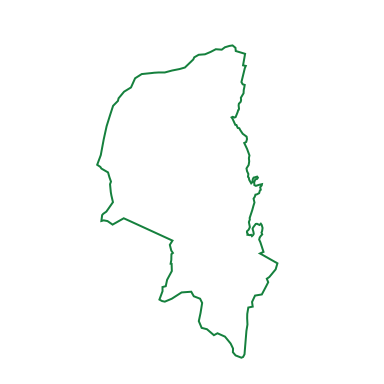 outline of Barkeol, Assaba, Mauritania, rotated 12°
{"feature_id": "47542326B92526973547543", "entity_name": "Barkeol", "entity_type": "district", "adm_level": 2, "iso_a3": "MRT", "parent_name": "Mauritania", "parent_adm1": "Assaba", "projection": "robinson", "projection_center": [-12.286, 16.647], "detail": "fine", "context": "isolated", "style": "outline", "palette": "green", "viewbox_px": 384, "rotation_deg": 12, "n_neighbors": 0, "source": "geoboundaries", "source_scale": "gbopen_adm2", "svg_char_len": 2604}
<svg xmlns="http://www.w3.org/2000/svg" viewBox="0 0 384 384"><g transform="rotate(12 192 192)"><path d="M94.8,145.4L94.7,158.8L95.1,174.9L93.6,185.1L97.1,186.5L98.5,187.9L105.8,190.3L108.2,194.8L110.6,198.7L110.2,201.4L112.6,209.0L113.8,212.0L116.8,218.4L112.3,229.0L109.7,231.8L108.9,233.3L109.4,239.2L111.5,238.1L115.4,238.0L121.1,240.4L130.7,231.9L138.4,233.6L183.0,243.6L181.3,248.3L183.9,253.6L186.0,255.6L184.8,257.1L185.9,262.9L186.0,266.6L187.0,266.5L188.7,273.5L185.9,283.1L185.9,289.6L182.9,291.1L183.8,295.1L183.2,299.3L182.5,304.0L185.4,304.9L188.2,304.9L194.4,300.6L202.7,292.4L212.0,289.7L215.4,293.6L222.1,294.7L225.0,298.4L225.5,308.5L225.5,316.9L229.7,322.9L235.1,323.1L243.2,327.5L246.3,324.9L254.3,326.6L261.3,332.2L264.7,336.6L265.3,340.2L268.6,342.8L274.8,343.8L276.3,342.7L277.1,339.8L274.1,316.5L273.8,310.1L272.2,304.0L271.4,299.8L271.1,293.3L275.2,291.5L273.6,287.1L275.2,280.2L281.6,277.7L284.2,268.5L285.3,264.4L283.2,261.3L285.3,259.1L289.9,250.3L290.4,244.0L271.3,238.0L274.4,235.7L269.3,226.9L267.6,224.6L267.7,222.4L268.6,220.3L269.5,218.9L268.4,217.2L268.7,215.8L268.5,212.5L267.0,209.7L265.9,208.7L264.9,210.2L262.1,209.6L261.0,210.0L259.2,213.9L258.9,215.4L260.4,218.3L261.1,220.1L260.7,221.4L259.8,222.7L258.7,221.6L257.5,222.2L255.1,222.3L255.1,221.0L254.3,220.5L254.0,219.4L254.0,218.9L255.1,217.4L255.4,216.6L255.9,214.3L253.9,209.6L254.3,206.8L253.8,205.5L254.7,197.2L255.0,192.3L255.3,189.3L253.6,185.7L254.4,183.6L254.6,181.4L255.7,181.0L257.9,179.2L258.1,176.4L258.8,175.5L257.7,173.2L258.8,171.1L258.8,169.8L256.0,171.1L253.2,172.7L251.6,172.3L250.8,169.6L251.3,166.6L253.0,165.6L253.5,164.3L252.5,163.4L250.2,164.7L249.3,165.1L248.8,166.8L249.0,169.8L248.1,171.2L245.5,168.3L244.5,166.1L243.6,165.5L243.4,162.7L241.5,160.2L240.4,157.6L241.8,153.8L241.6,150.2L240.6,147.0L240.6,144.3L236.9,138.4L232.9,133.2L234.6,131.8L234.8,128.8L233.9,126.5L229.5,124.5L226.4,121.5L225.0,119.8L223.4,119.8L221.5,117.2L220.4,117.3L216.4,111.9L215.2,110.8L216.2,110.0L218.2,110.3L219.1,109.6L220.0,104.5L220.2,101.8L220.4,102.7L220.7,100.9L219.6,97.6L219.5,95.9L220.9,93.6L220.9,91.8L220.2,89.7L221.9,84.7L221.4,81.5L221.4,78.9L221.3,76.3L219.2,76.1L217.5,74.2L217.9,60.0L218.4,57.5L215.6,57.5L215.2,45.8L205.5,45.0L204.5,41.9L201.2,40.2L198.3,41.3L194.1,43.6L191.5,46.6L185.6,47.4L181.1,51.1L176.1,54.6L170.0,56.4L166.2,59.8L165.7,62.1L159.2,71.7L154.3,74.3L147.3,77.3L140.6,80.7L134.6,82.0L130.2,83.2L127.6,84.1L118.3,87.1L112.7,92.6L110.6,102.4L104.7,108.0L100.7,115.6L100.6,118.3L96.9,124.1L95.9,133.6L94.8,145.4Z" fill="none" stroke="#15803d" stroke-width="2"/></g></svg>